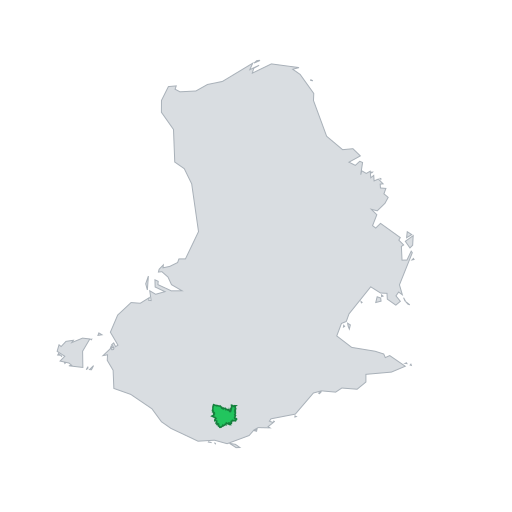 location of Western Downs, Queensland, Australia, rotated 102°
{"feature_id": "25037944B15079852191884", "entity_name": "Western Downs", "entity_type": "district", "adm_level": 2, "iso_a3": "AUS", "parent_name": "Australia", "parent_adm1": "Queensland", "projection": "albers", "projection_center": [150.512, -26.807], "detail": "fine", "context": "in_parent", "style": "filled", "palette": "green", "viewbox_px": 512, "rotation_deg": 102, "n_neighbors": 0, "source": "geoboundaries", "source_scale": "gbopen_adm2", "svg_char_len": 7923}
<svg xmlns="http://www.w3.org/2000/svg" viewBox="0 0 512 512"><g transform="rotate(102 256 256)"><path d="M341.4,99.4L348.9,123.9L356.4,122.3L365.3,129.4L367.3,144.6L372.6,149.8L374.3,164.0L378.1,171.4L402.5,184.7L412.1,207.4L414.8,208.6L415.3,204.5L420.4,208.7L421.2,206.6L423.4,218.2L426.4,221.7L433.0,225.4L445.6,245.2L444.8,258.3L449.2,274.2L442.3,303.4L437.8,314.0L427.1,326.0L417.4,349.8L415.1,367.5L397.5,372.0L389.0,379.8L383.5,380.7L385.2,384.9L376.5,378.9L377.7,377.4L377.0,375.9L375.5,375.8L372.7,378.7L370.6,377.1L373.9,374.4L371.9,372.5L360.8,382.6L342.5,379.0L327.5,368.5L326.3,359.4L318.9,351.7L321.7,351.8L321.4,349.3L312.1,352.7L314.3,346.2L309.8,337.6L307.3,348.2L300.3,349.9L301.1,346.4L304.4,346.0L307.7,331.5L305.4,321.1L301.6,332.7L294.9,337.7L290.9,344.8L292.0,348.1L289.1,348.0L284.0,344.8L286.9,344.5L284.1,338.2L278.7,331.3L274.9,330.8L273.5,324.4L244.1,317.3L198.8,333.9L185.5,344.3L181.0,355.0L149.4,363.0L135.1,378.4L123.5,380.8L108.5,376.9L106.2,369.4L109.7,369.8L111.2,364.5L107.1,349.1L98.3,339.1L92.2,325.1L68.1,299.3L75.0,300.8L68.8,292.6L72.9,297.3L77.9,297.6L64.9,280.9L62.8,253.1L65.7,258.9L69.2,250.6L85.0,233.3L92.0,232.1L124.2,211.8L134.0,193.4L130.9,183.5L136.4,174.8L144.9,184.6L146.7,177.7L141.8,174.2L142.4,171.2L154.7,170.5L150.7,170.2L152.3,165.3L149.3,161.9L155.6,160.0L152.7,157.6L158.0,156.1L155.3,152.3L159.0,146.7L159.9,149.5L163.6,148.4L162.9,143.0L168.6,143.8L171.2,138.9L177.6,140.8L186.6,146.8L186.3,153.0L190.5,146.4L202.1,148.3L203.8,144.7L198.2,141.0L208.0,118.7L210.8,119.6L214.5,113.9L216.4,115.8L229.7,112.3L228.6,107.5L219.0,105.2L220.3,103.8L254.4,109.7L263.5,104.8L261.6,109.0L265.9,110.8L270.3,105.4L275.0,109.0L270.9,118.6L265.3,120.1L266.3,126.5L262.3,137.4L293.3,153.0L301.3,154.1L304.2,158.4L317.4,160.4L325.5,143.4L324.4,119.7L325.3,110.7L328.5,108.4L325.6,104.5L332.8,87.1L341.4,99.4ZM371.7,401.3L385.2,405.8L401.0,402.2L402.3,416.2L401.2,413.7L399.6,416.7L399.5,425.8L393.8,422.2L390.6,430.7L383.8,430.2L385.1,427.8L379.0,424.1L376.4,417.1L379.0,418.2L372.4,408.6L371.7,401.3ZM203.4,106.5L212.9,105.0L216.1,107.1L210.6,113.0L203.4,106.5ZM298.0,357.1L311.8,355.2L306.1,358.1L298.0,357.1ZM274.2,124.3L276.6,129.2L270.7,129.0L271.2,125.3L274.2,124.3ZM444.8,242.9L444.5,237.0L446.7,232.0L447.6,235.6L444.8,242.9ZM397.0,392.1L401.5,393.3L401.7,395.2L397.0,392.1ZM202.7,108.1L206.8,112.5L200.8,113.1L202.7,108.1ZM366.5,394.1L363.9,393.7L365.1,390.3L366.5,394.1ZM308.1,149.5L305.4,151.3L302.7,152.4L303.8,149.4L308.1,149.5ZM67.7,298.0L64.8,295.9L63.9,293.4L64.2,293.1L67.7,298.0ZM400.7,397.1L402.5,398.4L399.2,397.4L400.7,397.1ZM425.2,219.0L427.3,219.0L427.2,221.6L425.2,219.0ZM375.0,163.8L377.5,165.3L377.1,166.2L375.0,163.8ZM393.8,427.2L394.1,429.4L392.4,428.8L393.8,427.2ZM447.8,260.6L447.9,263.9L447.6,263.8L447.8,260.6ZM227.4,102.6L225.7,101.5L226.6,100.7L227.4,102.6ZM271.5,97.4L269.5,100.1L271.8,95.4L271.5,97.4ZM448.2,256.7L447.2,257.8L447.9,256.6L448.2,256.7ZM279.9,143.2L278.7,143.8L279.3,142.6L279.9,143.2ZM269.6,124.7L268.0,125.1L268.8,123.4L269.6,124.7ZM72.8,236.8L72.9,239.0L72.2,239.0L72.8,236.8ZM329.9,86.0L330.0,87.8L329.2,86.6L329.9,86.0ZM375.5,376.7L375.9,377.7L375.4,377.4L375.5,376.7ZM269.0,100.9L266.1,103.0L269.0,100.5L269.0,100.9ZM155.0,149.8L154.1,151.3L154.6,149.7L155.0,149.8ZM394.7,425.5L393.9,426.0L394.3,425.2L394.7,425.5ZM307.3,155.7L305.6,155.8L306.4,154.7L307.3,155.7ZM150.7,160.1L150.1,161.0L149.7,159.4L150.7,160.1ZM400.9,420.6L399.8,421.3L400.1,420.1L400.9,420.6ZM330.7,81.3L330.6,82.5L329.6,82.0L330.7,81.3ZM374.9,378.2L376.1,379.2L374.2,378.9L374.9,378.2ZM405.4,184.5L404.3,184.6L404.7,183.2L405.4,184.5ZM414.3,204.3L413.8,204.3L414.2,203.2L414.3,204.3ZM372.2,399.6L371.9,400.4L371.5,399.4L372.2,399.6Z" fill="#d9dde1" stroke="#a8b0b8" stroke-width="1"/><path d="M410.2,266.6L411.8,266.8L411.8,266.5L413.3,266.7L414.7,266.3L415.9,266.5L416.0,266.2L416.4,266.3L416.5,266.1L416.4,266.1L416.5,266.0L416.6,265.7L416.8,265.8L417.4,265.5L417.5,265.6L417.6,265.1L417.9,265.1L417.9,264.5L418.4,264.6L418.5,264.1L418.9,264.3L419.0,264.3L418.9,264.1L419.2,263.9L419.4,264.2L419.5,264.1L419.9,264.4L420.1,264.1L420.7,264.3L420.9,264.4L421.0,264.6L421.3,264.8L421.4,265.0L421.4,265.5L421.7,265.6L421.7,265.8L421.8,265.9L422.1,264.4L422.3,264.0L422.3,263.9L422.3,263.6L422.4,262.4L422.6,262.2L422.8,261.9L423.1,261.4L423.5,261.8L424.1,261.7L424.1,262.1L424.5,262.2L424.8,262.1L425.1,262.2L425.5,262.1L425.4,262.0L425.5,261.9L425.5,261.7L425.5,261.2L425.5,260.8L425.6,260.0L426.6,260.1L427.7,260.4L427.7,259.5L427.8,259.5L428.0,258.2L429.0,259.0L429.1,258.2L429.1,257.9L429.1,257.6L429.2,257.3L429.2,257.2L429.3,257.2L429.3,257.3L429.5,257.4L429.8,257.3L429.9,257.2L430.1,257.3L430.2,257.1L430.3,256.6L430.5,256.3L430.7,256.0L430.8,256.1L431.1,255.9L431.2,255.6L431.1,255.4L430.9,255.2L430.8,254.9L430.7,255.0L430.5,254.8L430.4,254.8L430.3,254.7L430.2,254.5L430.1,254.4L429.9,254.1L429.7,253.9L429.7,253.7L429.4,253.4L429.3,253.5L429.1,253.4L428.8,253.3L428.8,253.1L428.7,253.1L428.8,253.0L428.7,252.9L428.8,252.8L428.6,252.7L428.7,252.4L428.5,252.2L428.4,252.1L428.1,251.9L427.9,251.6L427.7,251.4L427.5,251.1L427.4,251.1L427.2,251.2L427.1,250.9L427.1,251.0L427.1,250.9L427.0,251.0L426.9,250.9L426.7,250.7L426.8,250.6L426.7,250.5L426.8,250.4L425.5,250.3L425.9,249.4L426.1,248.1L425.4,248.0L425.0,248.1L424.9,247.4L425.0,247.4L425.5,247.2L425.8,247.0L425.7,246.9L425.9,246.8L426.0,246.9L426.1,247.0L426.3,247.0L426.4,246.9L426.3,246.6L426.2,246.5L426.2,246.4L426.1,246.5L426.1,246.4L426.0,246.5L425.9,246.6L425.7,246.5L425.5,246.3L425.5,246.2L425.3,246.3L425.2,246.3L425.0,246.1L424.8,245.8L424.7,245.7L424.7,245.4L424.4,245.5L424.3,245.4L424.2,245.5L424.0,245.4L423.9,245.4L423.9,245.5L423.4,245.9L422.8,245.8L422.7,245.6L422.8,245.5L422.7,245.4L422.5,245.1L422.2,245.1L421.7,245.0L421.7,244.9L421.6,244.7L421.8,244.4L421.7,244.1L421.9,243.9L421.7,243.5L421.7,243.4L421.5,243.2L421.4,243.0L421.5,242.9L421.6,242.7L421.5,242.4L421.4,242.3L421.4,242.2L421.5,242.1L421.6,241.9L421.5,241.7L420.9,241.6L420.7,241.5L420.2,241.5L420.1,241.4L419.9,241.1L419.5,241.0L419.4,241.1L419.5,241.3L419.4,241.7L419.2,241.8L419.4,242.5L419.3,242.9L419.2,243.1L418.9,243.2L418.9,243.3L418.5,243.4L418.4,243.1L418.1,243.0L417.9,243.0L417.7,243.1L416.9,243.0L417.0,243.2L416.7,243.4L416.3,243.3L416.2,243.1L416.0,243.3L415.8,243.3L415.7,243.6L415.4,243.9L415.1,243.7L414.9,243.7L414.7,243.6L414.4,243.4L414.2,243.4L414.1,243.5L413.8,243.6L413.7,243.6L413.3,243.7L413.2,243.8L413.1,244.2L413.0,244.3L412.7,243.7L412.2,244.0L411.9,244.2L411.2,244.1L411.2,244.7L410.2,244.6L410.3,244.2L409.5,244.1L409.1,244.3L409.0,244.5L408.9,244.5L408.5,245.0L407.0,244.8L406.8,244.9L406.7,244.8L406.9,245.9L407.7,245.9L407.7,246.1L407.8,246.6L407.6,246.7L407.6,246.9L407.6,247.0L407.4,247.1L407.4,247.3L407.2,247.5L407.2,247.9L407.1,248.1L407.3,248.4L407.1,248.6L407.4,248.7L407.4,248.8L407.7,248.6L407.8,248.6L408.3,248.6L408.4,248.4L408.5,248.4L408.8,248.4L409.0,248.5L409.2,248.4L409.3,248.5L409.4,248.4L409.5,248.3L409.9,248.6L410.1,248.7L410.2,248.4L410.6,248.4L410.6,248.5L410.4,248.6L410.5,248.6L410.6,248.8L410.8,248.9L411.1,248.9L411.1,248.6L411.6,248.6L411.8,248.5L412.0,248.6L412.5,248.7L412.4,248.6L412.5,248.4L413.5,248.6L413.5,249.4L413.4,249.5L413.1,249.6L412.9,249.5L412.8,249.8L412.7,249.8L412.7,250.0L412.2,250.3L412.6,250.3L412.5,250.5L412.4,250.7L412.4,250.8L412.4,251.0L412.5,251.0L412.4,251.2L412.3,251.4L412.4,251.6L412.1,251.6L412.1,251.8L412.4,251.8L412.4,252.2L412.1,252.5L412.2,253.1L412.0,253.4L412.3,253.6L411.4,254.0L411.5,254.0L411.3,254.2L411.7,255.4L411.9,255.6L412.1,256.1L412.1,256.3L411.9,256.3L411.9,256.2L411.6,256.3L411.7,256.5L411.8,256.5L411.7,256.6L411.8,256.7L411.9,256.8L411.9,256.7L412.1,256.7L412.2,256.8L411.1,258.0L411.4,258.4L411.0,258.8L410.6,259.1L410.4,259.4L410.4,259.5L410.2,259.9L410.1,260.0L410.5,260.6L410.5,260.8L410.3,263.2L410.7,263.3L410.2,266.6Z" fill="#22c55e" stroke="#15803d" stroke-width="1.5"/></g></svg>